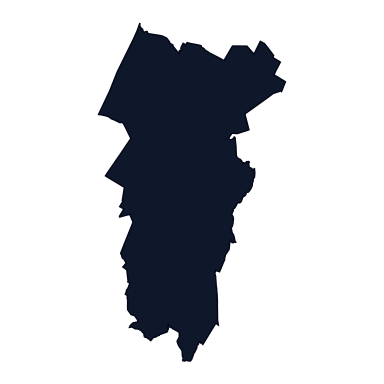 San Salvador el Seco, Puebla, Mexico
{"feature_id": "50627088B87389921667442", "entity_name": "San Salvador el Seco", "entity_type": "district", "adm_level": 2, "iso_a3": "MEX", "parent_name": "Mexico", "parent_adm1": "Puebla", "projection": "equal_earth", "projection_center": [-97.611, 19.143], "detail": "fine", "context": "isolated", "style": "filled", "palette": "ink", "viewbox_px": 384, "rotation_deg": 0, "n_neighbors": 0, "source": "geoboundaries", "source_scale": "gbopen_adm2", "svg_char_len": 5962}
<svg xmlns="http://www.w3.org/2000/svg" viewBox="0 0 384 384"><path d="M254.4,177.4L254.5,176.6L254.8,173.0L254.4,168.0L254.3,168.4L254.3,168.7L253.8,169.4L253.7,169.8L252.9,169.8L252.1,169.3L251.9,168.6L249.4,167.4L248.9,166.7L249.0,166.0L248.7,164.6L248.8,163.1L249.3,162.4L249.1,161.9L248.6,161.5L247.4,161.7L246.7,161.7L246.4,161.8L246.0,162.5L245.5,163.0L244.2,163.4L243.8,162.7L243.1,162.7L242.1,162.2L241.8,161.3L241.5,160.8L240.2,159.3L239.3,159.1L238.2,158.2L237.5,158.1L237.3,157.9L237.1,157.6L236.7,156.5L236.6,156.1L236.3,155.4L236.2,154.7L236.3,153.8L236.2,153.4L236.0,148.7L236.1,148.4L235.9,147.4L236.0,146.8L235.9,146.6L235.1,138.2L234.9,137.5L234.7,137.2L234.3,137.0L234.1,137.2L233.9,137.5L233.7,137.7L233.5,138.1L233.3,138.3L233.1,138.7L232.2,139.3L230.5,140.0L228.5,138.4L230.0,136.0L232.1,133.1L234.5,133.4L237.4,133.5L248.9,129.8L245.3,115.8L245.0,113.8L267.9,97.4L272.3,94.1L272.4,93.7L280.8,90.9L281.5,91.5L285.4,81.8L274.0,74.8L275.9,70.6L278.7,65.3L280.3,62.1L278.7,61.0L276.5,59.8L272.7,57.4L273.6,55.5L267.6,47.6L264.4,43.6L260.3,41.4L254.0,54.3L253.3,53.3L250.7,50.5L247.0,46.2L239.8,46.1L232.5,46.1L224.0,60.6L218.6,57.6L218.3,57.5L210.3,53.4L209.3,52.9L207.8,51.7L205.5,50.5L205.3,50.4L204.4,49.2L204.0,48.6L201.5,47.2L201.3,46.8L201.2,45.9L200.8,45.6L196.4,44.6L190.7,43.6L187.4,42.7L187.1,42.7L185.8,45.1L185.0,44.3L183.1,43.4L181.8,46.1L181.2,47.1L181.1,47.6L181.0,48.2L180.9,48.7L181.0,49.4L181.0,50.0L181.2,50.7L181.0,51.3L179.6,50.6L179.4,50.9L178.9,53.6L173.1,46.4L172.8,44.9L169.6,43.2L169.7,42.3L168.0,39.9L166.5,38.0L162.1,36.0L160.3,35.6L147.9,33.6L147.2,31.7L146.5,31.5L146.1,32.0L145.3,31.8L144.3,32.2L143.5,32.1L143.4,31.3L142.5,30.4L142.7,29.4L141.5,28.4L140.7,27.6L140.4,27.2L140.0,26.3L139.8,25.7L139.8,25.0L139.9,23.0L137.2,30.7L133.8,38.4L117.1,72.3L109.7,91.0L98.6,114.4L101.9,114.9L103.1,115.2L106.1,115.8L106.8,116.2L107.3,116.2L108.2,116.5L110.1,117.7L111.1,118.6L113.9,119.7L114.6,120.1L115.5,120.3L116.6,121.1L117.9,121.6L119.8,122.6L120.7,122.4L121.9,122.6L122.8,122.9L123.1,122.8L125.9,128.2L130.9,138.5L121.2,152.9L105.5,175.7L105.5,175.9L124.4,187.3L122.6,199.2L122.3,200.4L123.2,200.9L119.7,206.6L123.9,208.9L119.5,216.3L119.7,217.0L127.3,214.9L129.9,214.5L133.1,222.2L124.0,244.8L120.7,253.3L121.4,254.7L121.7,255.2L121.6,255.4L121.9,256.1L121.9,256.8L122.2,257.2L122.2,257.7L122.6,258.0L123.0,258.3L123.0,258.5L123.6,258.7L123.8,258.8L125.1,261.2L125.3,261.2L125.5,261.9L125.9,262.6L126.3,263.0L122.9,267.0L127.2,270.0L126.9,270.9L127.1,271.8L127.1,272.5L127.4,274.5L127.4,275.1L127.9,278.8L127.9,279.6L128.4,279.8L127.8,281.9L129.9,283.0L129.7,283.7L127.8,288.6L127.4,289.0L127.0,289.9L126.7,289.9L126.2,292.0L125.5,294.0L125.4,294.3L127.6,295.5L127.3,296.8L127.2,298.2L127.4,298.9L127.7,299.5L127.6,307.1L127.7,309.7L131.1,314.6L131.5,314.7L132.4,314.9L133.4,315.3L134.1,315.5L135.2,316.3L135.9,317.4L136.1,317.8L137.3,319.4L137.6,320.1L137.9,321.3L138.3,322.2L137.2,322.1L136.5,322.3L135.8,322.3L134.3,322.7L133.7,322.7L133.3,323.0L132.6,323.2L132.0,323.8L131.5,324.5L130.6,325.1L129.9,326.3L129.5,327.3L131.4,327.0L132.8,327.3L133.5,327.7L133.9,328.1L134.9,328.7L135.6,328.8L138.4,329.0L139.8,329.9L140.6,330.2L141.0,330.4L143.9,333.6L144.1,335.2L144.5,336.9L146.6,337.5L149.4,339.4L150.6,340.6L150.8,340.5L151.6,339.7L152.5,338.3L153.2,337.7L153.7,337.4L155.7,337.0L156.1,336.8L156.3,336.5L156.8,336.1L157.1,336.1L157.5,335.7L158.6,335.6L159.3,335.2L159.7,334.5L160.4,334.2L161.4,334.1L161.6,333.8L161.8,333.6L163.2,333.4L164.6,332.7L165.9,332.4L166.2,332.2L167.0,331.9L167.2,331.7L167.6,331.0L167.4,329.7L168.2,329.3L168.3,328.0L168.1,326.6L167.9,324.1L167.8,323.5L168.4,324.4L168.4,324.9L168.9,326.0L170.2,327.3L171.6,327.6L171.9,327.8L173.0,328.8L175.9,330.3L177.6,331.3L178.0,331.5L179.1,332.3L179.3,332.8L179.3,337.1L179.0,337.6L178.3,338.8L177.5,340.6L177.1,341.3L177.4,341.8L177.4,342.3L177.9,343.8L179.0,346.1L179.8,347.4L181.0,348.9L181.2,349.3L182.0,350.5L182.3,353.1L182.3,354.7L182.6,356.7L182.8,357.3L183.6,358.1L182.6,360.1L182.8,360.6L183.6,360.9L184.4,361.0L185.0,360.9L185.3,360.5L186.9,360.4L188.5,360.9L189.8,360.9L190.1,360.8L190.4,360.9L190.7,360.4L191.1,360.2L191.4,359.8L192.3,357.7L192.8,356.1L193.2,355.3L193.3,354.3L194.9,351.8L195.7,350.0L196.6,348.3L196.7,347.4L196.9,346.8L196.9,345.9L197.6,345.0L198.3,344.3L198.5,343.2L199.3,342.3L199.6,341.5L200.6,342.8L201.1,342.0L202.0,343.4L202.1,343.2L202.9,344.3L209.7,333.1L215.8,323.2L218.3,325.0L217.7,321.3L217.5,319.5L217.4,309.4L217.3,306.0L217.4,302.0L217.1,295.0L216.7,290.6L216.6,288.3L216.1,284.9L215.9,281.1L215.6,278.1L215.6,276.3L214.7,273.1L215.8,271.0L214.7,269.9L216.2,270.6L219.5,271.7L221.2,267.8L221.5,266.7L221.8,266.3L222.8,263.8L223.8,261.4L224.1,261.0L224.7,259.3L224.5,258.5L224.9,256.9L225.2,256.0L225.5,254.6L225.8,254.3L225.9,253.9L226.5,253.3L228.4,250.3L229.0,249.4L229.2,248.1L229.7,242.8L230.0,241.6L230.5,240.3L230.9,241.1L231.5,242.0L231.7,242.3L232.2,242.6L233.1,242.7L234.7,242.1L235.6,242.2L235.4,241.5L235.0,241.2L234.8,240.9L234.7,240.4L234.7,239.5L234.2,238.0L234.2,237.2L234.0,236.4L233.5,235.3L233.5,234.9L233.0,234.1L232.2,233.0L231.9,231.9L231.6,229.9L231.1,228.7L231.1,228.1L232.2,226.3L232.3,225.6L232.6,225.2L232.6,224.5L233.0,223.3L233.0,222.5L232.9,222.1L233.2,221.0L233.4,219.4L233.3,218.1L233.1,217.1L232.9,216.4L232.2,215.4L231.9,214.7L231.8,214.4L231.9,213.8L232.2,212.8L232.4,212.5L233.1,211.0L233.2,210.6L233.2,209.5L233.5,208.7L234.7,208.0L235.1,207.4L235.5,206.7L235.8,205.9L236.7,204.6L236.8,204.1L237.2,203.2L238.0,202.5L238.8,202.6L239.2,202.8L239.6,202.9L240.5,202.3L241.2,201.4L242.2,198.8L242.4,197.6L242.8,197.1L244.5,196.0L245.5,195.1L245.8,194.3L246.1,193.2L246.4,192.4L246.8,192.2L248.0,192.2L248.6,191.8L249.3,191.0L249.8,190.3L250.6,188.9L251.2,188.1L251.9,186.0L252.2,185.7L252.3,183.4L252.5,182.7L252.9,181.6L253.0,181.5L253.1,181.1L253.1,180.0L253.3,178.9L253.5,178.6L254.1,177.6L254.4,177.4Z" fill="#0f172a" stroke="#020617" stroke-width="1.5"/></svg>